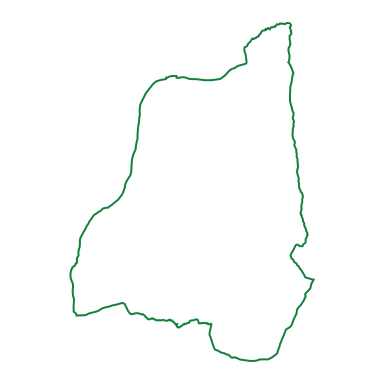 Iramba, Singida, United Republic of Tanzania
{"feature_id": "72390352B66961871173396", "entity_name": "Iramba", "entity_type": "district", "adm_level": 2, "iso_a3": "TZA", "parent_name": "United Republic of Tanzania", "parent_adm1": "Singida", "projection": "mercator", "projection_center": [34.32, -4.386], "detail": "fine", "context": "isolated", "style": "outline", "palette": "green", "viewbox_px": 384, "rotation_deg": 0, "n_neighbors": 0, "source": "geoboundaries", "source_scale": "gbopen_adm2", "svg_char_len": 5931}
<svg xmlns="http://www.w3.org/2000/svg" viewBox="0 0 384 384"><path d="M166.3,77.5L165.9,79.1L161.5,79.8L156.5,81.2L154.8,82.5L152.9,84.2L146.0,93.0L140.8,103.3L140.1,105.6L139.7,108.9L139.6,111.3L139.9,115.0L139.3,117.5L139.0,122.6L138.5,124.5L138.0,128.2L137.5,135.4L137.5,138.8L136.6,142.3L135.9,146.1L135.6,149.3L133.5,153.9L132.4,157.9L131.8,161.5L131.6,164.5L131.4,170.0L131.1,172.6L130.3,175.5L128.2,178.4L125.9,182.7L125.1,184.9L124.8,186.6L125.0,187.2L122.5,193.9L121.3,195.6L117.6,200.2L114.7,202.4L111.6,205.1L109.4,206.5L108.3,207.6L105.6,207.9L103.1,208.5L102.6,208.8L100.9,210.6L98.0,212.3L97.5,212.8L94.1,214.9L93.5,215.6L90.9,219.6L89.5,221.2L88.4,223.7L87.2,225.2L85.4,228.9L83.1,232.7L82.6,234.1L81.8,235.2L80.4,237.9L79.8,241.1L80.0,243.7L79.7,245.1L79.8,246.5L79.5,247.7L79.1,248.4L79.1,249.0L78.3,252.0L78.6,254.9L78.4,255.7L76.8,258.5L77.0,259.6L76.8,261.2L77.1,262.1L76.5,263.2L75.8,263.4L75.5,263.9L75.6,264.4L75.2,265.0L74.3,266.1L72.9,266.9L71.9,268.3L71.6,269.7L71.1,270.2L70.4,274.3L70.7,278.2L73.0,284.3L73.0,287.6L72.6,290.7L73.0,295.9L74.0,298.9L73.6,307.1L73.7,311.7L75.4,312.9L76.1,313.7L76.6,314.8L76.6,315.6L76.8,315.6L81.6,315.3L83.8,315.3L86.0,315.0L87.9,313.9L88.8,313.5L96.6,311.5L98.3,310.8L101.9,308.6L104.5,307.6L109.2,306.5L112.4,305.4L115.6,304.8L121.8,303.1L122.8,303.0L123.6,303.4L124.7,304.0L128.0,310.9L129.2,312.6L130.5,314.0L131.7,314.2L133.2,314.0L135.2,313.3L138.3,313.2L139.3,313.7L140.9,314.0L141.7,314.5L142.9,314.2L144.7,315.6L145.4,316.7L147.0,317.9L147.8,319.2L148.1,319.3L148.4,319.2L149.1,319.4L149.4,319.3L150.3,318.9L151.2,318.8L151.7,318.4L152.3,318.6L153.0,318.3L153.7,319.1L154.9,319.6L155.6,319.7L156.4,320.4L157.9,320.2L158.4,320.4L159.7,320.1L160.3,320.4L161.0,320.4L161.8,320.1L162.5,320.2L163.7,320.0L166.4,320.9L168.0,320.4L169.3,319.8L169.7,320.1L170.0,319.8L170.6,320.6L171.9,320.4L172.3,320.5L172.6,321.5L174.0,322.1L174.5,323.0L174.6,323.4L175.2,323.9L175.4,324.0L175.8,323.9L176.6,324.4L177.1,324.2L177.0,324.8L176.4,325.3L176.5,325.8L177.6,327.3L178.1,327.1L178.4,327.3L178.7,327.2L179.4,327.5L180.2,326.7L182.0,325.6L183.4,324.3L184.1,324.4L184.4,323.9L184.7,324.1L186.1,323.9L186.9,323.1L188.7,323.0L189.2,322.5L189.7,321.2L190.5,320.6L193.8,320.2L195.6,319.4L197.0,319.5L197.9,320.0L198.8,323.0L199.0,323.4L200.4,323.4L200.9,323.1L202.2,323.1L202.6,323.0L203.9,323.1L204.8,322.8L205.8,323.0L206.5,323.6L207.7,323.2L208.3,324.3L209.1,324.4L209.9,324.1L210.7,324.2L211.1,323.9L211.2,324.1L211.4,324.9L210.4,328.6L209.4,334.4L211.6,340.3L212.5,343.6L214.3,348.3L214.7,349.2L215.6,349.9L218.4,350.8L220.5,352.3L225.0,353.5L226.5,354.5L228.4,354.7L229.1,355.2L230.1,356.4L232.2,357.9L233.3,357.4L234.7,357.2L235.5,357.8L237.3,358.1L238.5,359.0L241.0,359.7L249.2,360.8L252.9,361.0L256.7,360.6L259.6,359.5L265.6,359.3L267.1,359.5L268.4,359.3L272.4,357.1L277.1,353.5L278.4,349.3L279.4,347.1L280.0,344.2L281.2,341.6L281.7,339.9L283.5,336.0L285.9,329.8L286.3,329.3L289.0,327.7L291.0,326.2L292.1,323.8L293.6,319.6L296.4,313.8L296.8,311.9L297.0,309.9L297.4,308.9L299.6,306.2L300.6,305.3L303.4,301.2L305.6,296.5L305.1,294.3L305.3,293.8L310.4,288.2L311.1,284.8L311.7,283.3L313.6,279.6L311.5,279.2L305.4,277.4L305.0,276.9L304.4,275.3L300.8,269.4L299.8,268.6L298.7,266.3L297.2,265.2L296.4,263.4L294.3,262.1L293.3,259.8L291.9,258.7L291.5,258.2L290.6,256.1L290.6,255.5L291.6,252.7L292.2,252.0L293.6,249.6L295.3,246.0L296.1,244.9L296.7,244.7L297.5,244.6L298.2,244.9L298.7,245.4L299.9,246.2L302.4,246.2L302.7,245.9L303.0,244.6L305.1,243.0L305.6,242.1L305.7,241.4L305.6,239.2L306.7,237.5L306.9,236.2L307.7,234.5L307.1,232.7L306.1,230.6L305.6,228.2L304.9,227.1L304.4,225.7L304.1,224.7L304.2,223.8L304.0,222.6L303.0,221.4L302.8,220.8L303.0,220.0L302.9,219.2L302.1,217.8L301.5,215.4L301.1,215.0L301.4,214.7L300.7,213.7L300.5,213.0L301.0,211.0L301.6,209.3L301.5,207.4L301.3,207.0L301.4,205.4L301.8,204.4L301.7,203.8L302.2,202.5L302.2,199.5L302.8,196.9L302.8,195.5L302.0,193.1L300.7,191.6L300.4,190.2L299.5,188.8L299.1,187.7L299.0,183.5L298.4,180.3L298.8,179.1L298.7,178.5L298.1,176.0L297.6,174.8L297.6,174.1L297.1,172.9L297.1,172.3L297.3,169.4L298.1,167.1L298.0,166.0L297.6,165.4L298.0,164.1L297.5,162.3L297.5,159.6L297.2,158.0L296.6,156.8L296.8,153.8L296.4,152.8L296.3,150.2L295.9,148.8L294.4,145.6L294.3,144.6L294.9,142.7L294.8,141.7L294.6,141.0L293.9,140.1L293.2,138.5L292.5,135.6L292.6,132.7L292.9,130.7L292.7,129.1L292.9,128.1L293.6,126.8L293.7,125.7L293.4,124.2L294.0,121.3L293.6,120.1L293.0,119.2L292.7,118.0L293.4,115.4L293.6,113.9L293.5,112.8L292.9,111.9L292.0,108.9L292.0,107.8L291.4,106.4L290.0,101.1L290.1,98.8L289.9,95.9L290.3,90.1L290.2,87.5L291.4,82.8L292.4,76.4L292.9,74.3L293.4,73.4L292.0,69.1L290.2,65.1L289.0,63.0L288.3,62.4L288.7,61.6L289.2,60.4L289.6,55.8L288.5,51.2L288.5,48.8L288.7,47.7L289.6,46.4L290.2,44.9L290.3,43.7L290.0,40.9L289.6,39.8L289.7,38.9L289.6,36.4L289.7,35.7L290.9,34.4L291.3,33.8L291.4,33.0L290.8,31.3L291.1,30.8L290.9,30.1L290.1,28.6L289.8,27.3L289.9,26.8L290.7,26.3L290.9,26.0L290.9,24.7L290.0,23.5L289.2,23.1L286.8,23.0L284.9,24.2L283.3,23.5L281.8,23.9L281.1,23.6L280.0,23.4L279.6,24.0L278.3,24.7L277.2,24.2L276.7,24.5L276.0,25.5L275.5,25.7L275.2,26.7L274.8,27.0L274.2,26.7L273.6,26.7L272.4,27.3L271.3,27.2L270.8,27.5L269.8,29.3L269.1,28.9L268.4,28.2L268.0,28.1L267.2,29.0L266.8,29.2L266.1,28.8L265.7,28.9L265.5,29.2L265.7,29.8L265.4,30.2L262.2,30.8L260.0,34.3L258.9,35.0L258.6,36.3L258.0,36.7L256.7,37.0L256.4,37.5L255.8,37.9L253.4,38.9L253.0,38.8L253.1,39.0L252.4,39.0L251.7,39.5L251.1,40.2L250.3,41.8L248.3,43.4L247.5,44.9L247.1,46.1L244.5,47.5L244.3,48.2L244.5,51.2L245.7,54.8L246.5,61.3L246.5,62.9L245.9,63.7L238.3,65.8L237.1,66.3L234.8,68.0L231.9,68.9L229.5,70.6L227.7,72.4L225.8,74.6L223.8,76.4L220.1,79.0L212.6,80.0L208.3,80.3L204.2,80.1L196.5,79.2L192.3,79.1L188.9,78.8L185.2,77.4L182.3,77.2L177.7,78.0L176.5,77.6L176.5,76.1L173.2,75.9L169.4,76.5L167.0,77.8L166.3,77.5Z" fill="none" stroke="#15803d" stroke-width="2"/></svg>